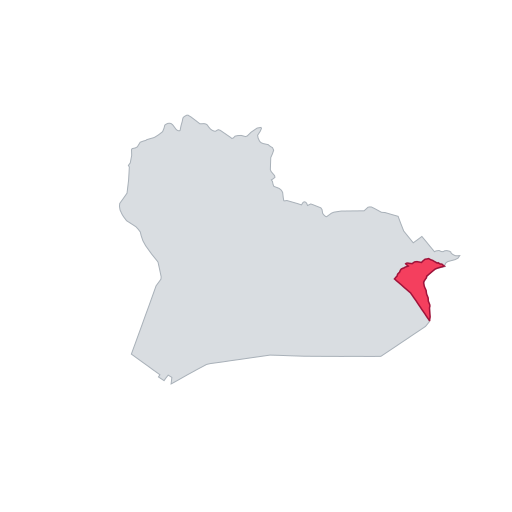 Al-Zubair, Al-Basrah, Iraq (highlighted), rotated 321°
{"feature_id": "34846034B69957241231378", "entity_name": "Al-Zubair", "entity_type": "district", "adm_level": 2, "iso_a3": "IRQ", "parent_name": "Iraq", "parent_adm1": "Al-Basrah", "projection": "mercator", "projection_center": [47.115, 29.902], "detail": "fine", "context": "in_parent", "style": "filled", "palette": "rose", "viewbox_px": 512, "rotation_deg": 321, "n_neighbors": 0, "source": "geoboundaries", "source_scale": "gbopen_adm2", "svg_char_len": 6743}
<svg xmlns="http://www.w3.org/2000/svg" viewBox="0 0 512 512"><g transform="rotate(321 256 256)"><path d="M213.8,105.3L216.9,104.5L222.7,99.6L226.2,95.0L227.3,94.6L230.3,96.1L232.5,96.5L237.6,94.7L240.6,95.7L243.1,96.8L244.5,96.9L251.3,99.8L253.0,100.1L256.5,100.5L261.7,100.6L265.1,98.7L267.5,96.9L269.1,97.0L270.8,97.4L272.1,98.2L273.3,99.5L273.8,101.5L273.6,107.6L274.1,109.2L275.0,110.4L276.2,110.6L277.6,109.3L280.1,107.3L283.1,105.2L285.4,103.3L286.7,102.5L288.8,102.6L290.8,103.0L291.9,103.9L291.9,104.2L293.0,107.1L295.6,117.9L297.2,119.2L298.9,120.4L300.1,121.9L300.6,123.5L300.4,126.0L300.5,128.9L301.2,131.1L302.2,132.8L303.1,133.6L304.5,133.7L306.2,134.1L307.3,135.8L310.9,147.9L311.2,149.5L312.7,150.0L315.2,149.7L317.7,151.0L320.4,153.0L323.0,156.6L324.7,157.2L330.1,156.7L337.4,157.3L340.8,159.2L340.5,160.3L337.8,161.7L333.2,163.2L331.8,165.8L331.0,169.1L331.2,171.0L332.3,173.1L335.6,177.2L335.8,178.7L336.4,180.7L337.0,182.2L336.3,184.9L333.3,186.8L329.4,188.8L321.5,197.9L320.9,199.9L321.0,205.3L320.2,206.8L317.7,206.8L315.8,206.5L315.7,208.4L314.4,210.9L313.7,213.1L316.6,218.2L317.1,220.9L316.7,223.4L314.0,227.6L312.4,230.5L312.8,231.1L314.9,232.3L321.4,241.6L323.5,244.9L326.2,244.0L327.2,244.1L328.0,244.6L328.5,245.7L328.5,247.1L327.8,249.2L331.3,250.0L332.6,252.1L336.7,259.4L336.5,261.5L334.6,264.9L334.6,267.2L335.0,269.2L335.6,269.9L341.6,270.2L344.2,271.0L350.5,274.7L357.6,280.3L363.4,284.9L368.4,288.9L373.7,288.6L375.1,289.3L376.5,290.5L378.0,293.7L381.0,301.0L383.6,303.4L387.6,309.2L391.4,314.6L388.9,322.0L386.5,329.6L386.5,339.5L386.5,344.7L391.6,345.0L397.2,345.2L397.3,351.5L397.3,357.8L397.4,365.0L399.0,365.3L401.7,366.9L402.8,369.2L404.2,370.4L405.9,370.7L407.6,371.8L409.3,373.9L409.9,375.4L409.5,376.5L409.8,378.4L411.0,381.1L412.4,382.4L414.6,383.9L411.6,384.8L408.4,384.1L401.5,381.0L399.2,380.9L396.3,382.1L396.2,383.2L388.9,379.6L386.3,378.9L385.3,378.9L381.1,378.9L375.2,379.5L371.7,381.0L369.2,382.5L368.1,384.0L367.7,384.8L365.8,389.1L363.6,394.8L361.4,399.8L356.9,406.9L354.5,410.2L349.2,416.2L343.5,417.4L330.3,416.2L315.7,414.9L301.1,413.6L290.3,412.6L289.5,412.3L278.7,403.6L270.3,396.7L259.7,388.2L248.9,379.4L237.9,370.4L230.0,363.9L220.3,355.5L211.5,347.8L204.5,341.8L195.6,336.5L188.6,332.3L178.5,326.3L170.4,321.4L163.4,317.3L152.7,310.8L149.2,309.1L138.1,307.0L127.6,305.1L116.7,303.3L109.5,302.0L114.2,297.4L112.8,293.3L109.3,294.1L106.1,295.0L104.1,288.6L106.6,287.8L104.3,279.5L102.0,270.8L99.7,262.4L97.4,253.8L106.6,248.3L113.4,244.2L123.1,238.4L132.3,232.8L141.2,227.5L150.9,221.6L159.6,216.3L167.5,214.2L169.2,212.5L172.9,205.3L176.0,199.1L176.1,197.7L176.1,188.9L176.7,178.5L177.7,173.0L179.5,168.1L181.2,164.5L181.3,161.1L181.1,157.7L179.4,152.5L177.6,147.1L177.8,141.9L178.2,139.1L179.3,134.7L181.2,131.4L183.2,129.4L190.8,127.3L195.3,126.0L201.3,120.2L204.8,116.8L209.8,111.3L213.5,107.2L213.8,105.8L213.8,105.3Z" fill="#d9dde1" stroke="#a8b0b8" stroke-width="1"/><path d="M390.0,369.8L389.7,369.3L389.5,368.9L389.3,368.6L389.2,368.2L388.9,367.7L388.8,367.3L388.6,366.7L388.2,366.5L387.8,366.3L387.4,366.1L387.0,365.9L386.7,365.7L386.3,365.5L386.0,365.3L385.7,365.1L385.4,364.9L384.9,364.9L384.5,364.9L384.0,364.9L383.6,364.9L383.0,364.9L382.8,364.9L382.5,364.9L382.1,364.9L381.8,365.0L381.5,365.0L381.4,365.0L381.2,365.0L380.9,365.1L380.6,365.1L380.4,365.1L380.2,364.8L380.0,364.5L379.8,364.3L379.5,364.0L379.3,363.7L379.1,363.4L378.8,363.1L378.6,362.9L378.3,362.6L378.0,362.2L377.8,361.9L377.6,361.7L377.3,361.6L377.1,361.4L376.7,361.1L376.4,360.9L376.1,360.8L375.9,360.6L375.6,360.5L375.4,360.4L375.1,360.4L374.9,360.3L374.4,360.3L374.0,360.3L373.6,360.2L373.2,360.3L372.9,360.2L372.5,360.2L372.2,359.8L371.9,359.6L371.6,359.2L371.3,359.0L371.0,358.6L370.6,358.3L370.2,357.9L370.0,357.6L369.8,357.3L369.5,357.0L369.2,356.8L369.1,356.7L368.9,356.5L368.5,356.4L368.1,356.3L367.8,356.2L367.5,356.2L367.4,356.2L367.4,356.5L367.5,356.9L367.5,357.3L367.6,357.6L367.7,358.3L367.9,359.1L367.9,359.4L368.0,359.7L367.9,359.7L367.6,359.6L367.3,359.4L366.4,359.1L365.7,358.8L365.1,358.6L364.8,358.5L364.6,358.5L364.2,358.4L363.8,358.4L363.5,358.4L363.4,358.4L363.2,358.3L363.1,358.2L362.9,358.2L362.7,358.0L362.4,357.9L362.2,357.9L361.6,357.8L361.3,357.7L361.1,357.6L360.9,357.6L360.7,357.6L360.3,357.6L360.0,357.7L359.6,357.8L359.3,358.0L359.0,358.0L358.9,358.1L358.4,358.4L358.2,358.5L357.7,358.7L357.3,359.0L357.2,359.0L356.9,359.0L356.6,359.0L356.4,359.0L356.2,359.0L355.7,359.1L355.3,359.1L355.1,359.1L354.9,359.2L354.7,359.3L354.2,359.5L353.9,359.7L353.6,359.9L353.3,360.1L352.9,360.4L352.6,360.5L352.2,360.5L351.7,360.5L351.3,360.5L351.1,360.6L350.9,360.6L350.5,360.7L350.2,360.8L349.5,360.9L349.3,361.0L349.2,361.0L349.3,361.4L349.4,362.1L349.5,362.9L349.6,363.7L349.8,364.6L350.0,365.6L350.1,366.2L350.3,367.1L350.4,367.9L350.6,368.6L350.6,368.8L350.7,369.3L350.9,370.5L351.2,372.6L351.4,373.9L351.4,374.0L351.6,374.9L351.8,375.9L352.0,377.0L352.2,378.1L352.5,379.9L352.7,380.9L352.9,381.9L352.9,382.2L352.8,382.7L352.6,386.0L352.5,386.9L352.4,388.4L352.3,390.2L352.2,392.0L352.1,392.6L351.9,394.5L351.7,396.7L351.5,399.5L351.3,401.1L351.2,402.2L351.1,404.1L350.9,406.6L350.8,408.0L350.6,409.3L350.6,409.8L350.5,410.9L350.4,411.4L350.4,411.9L350.3,414.0L350.2,414.6L350.2,415.1L350.1,415.6L350.0,415.9L350.4,415.4L350.9,414.8L351.1,414.6L351.5,414.2L351.8,414.0L352.3,413.5L352.7,413.2L353.0,412.9L353.1,412.7L353.3,412.5L354.1,411.3L354.3,411.0L354.7,410.4L355.5,409.3L356.2,408.3L356.9,407.3L357.4,406.6L357.8,406.0L358.0,405.8L358.3,405.5L358.6,405.1L358.8,405.0L359.1,404.8L359.4,404.6L359.6,404.3L360.1,403.7L360.4,403.1L360.7,402.1L361.0,401.3L361.3,400.3L361.4,399.9L361.4,399.7L361.9,399.0L362.4,398.3L363.2,397.2L363.5,396.7L363.8,395.6L364.1,394.8L364.4,393.6L364.7,392.9L365.1,392.1L366.1,390.5L366.5,389.9L366.7,389.2L366.8,388.7L367.0,388.1L367.1,387.6L367.3,386.8L367.5,386.3L367.6,385.8L367.8,385.3L368.1,384.7L368.3,384.3L368.8,383.5L369.0,383.1L369.1,382.8L369.3,382.4L369.5,382.3L370.0,381.8L370.2,381.6L370.6,381.4L371.0,381.3L371.5,381.1L371.9,381.0L372.4,380.8L372.8,380.7L373.5,380.5L374.0,380.4L374.5,380.3L374.7,380.1L375.0,379.9L375.3,379.8L375.5,379.6L375.6,379.4L375.9,379.1L376.2,379.0L377.2,379.1L378.1,379.0L380.5,379.0L383.7,378.9L385.6,378.9L387.1,378.9L387.5,379.0L388.4,379.3L389.9,379.8L391.2,380.3L394.3,381.7L395.5,382.1L396.0,382.3L395.9,382.0L395.8,381.5L395.6,381.1L395.6,380.7L395.5,379.8L395.3,379.3L394.8,378.7L394.4,378.4L394.1,378.1L393.8,377.5L393.6,376.6L393.5,376.2L393.4,376.0L392.9,376.1L392.7,375.7L392.4,375.1L392.3,374.9L392.0,374.9L391.9,374.6L391.6,373.4L391.0,372.1L390.8,371.4L390.7,371.2L390.6,370.8L390.6,370.7L390.4,370.4L390.2,370.1L390.0,369.8Z" fill="#f43f5e" stroke="#9f1239" stroke-width="1.5"/></g></svg>